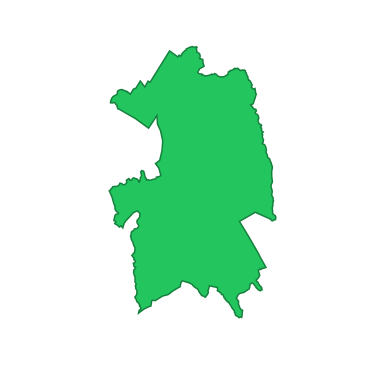 Long Khanh, Đồng Nai, Vietnam (Robinson projection), rotated 150°
{"feature_id": "81297802B61199528191319", "entity_name": "Long Khanh", "entity_type": "district", "adm_level": 2, "iso_a3": "VNM", "parent_name": "Vietnam", "parent_adm1": "Đồng Nai", "projection": "robinson", "projection_center": [107.227, 10.939], "detail": "fine", "context": "isolated", "style": "filled", "palette": "green", "viewbox_px": 384, "rotation_deg": 150, "n_neighbors": 0, "source": "geoboundaries", "source_scale": "gbopen_adm2", "svg_char_len": 6009}
<svg xmlns="http://www.w3.org/2000/svg" viewBox="0 0 384 384"><g transform="rotate(150 192 192)"><path d="M214.6,301.0L213.8,300.3L204.3,283.9L197.7,269.0L184.2,275.7L188.0,267.9L188.6,260.8L191.8,250.9L197.4,242.7L204.1,235.6L209.4,234.9L208.8,229.3L210.7,221.8L213.5,221.8L214.3,222.4L214.9,222.2L215.4,222.6L215.7,221.9L217.5,221.7L219.5,222.5L222.5,223.1L224.0,224.7L225.1,224.7L225.5,225.0L225.5,225.4L224.9,226.3L225.1,228.9L224.0,231.6L223.8,233.3L223.4,233.9L223.7,234.6L224.7,235.6L225.3,235.6L226.3,235.1L227.5,231.5L228.5,230.6L229.7,230.1L230.7,228.6L232.5,226.9L232.9,226.9L233.1,227.2L232.6,228.3L232.6,229.0L233.3,231.1L234.3,231.9L235.3,233.4L236.7,233.5L238.1,232.7L239.7,233.0L239.9,233.4L239.7,234.5L240.0,235.2L240.4,235.4L240.7,235.3L241.1,234.9L242.1,235.1L242.9,235.0L243.6,233.2L244.0,232.7L246.0,232.1L247.7,232.4L248.0,232.6L248.5,234.2L249.9,235.7L252.3,234.3L254.2,234.4L256.8,235.8L258.2,236.1L259.6,235.3L260.7,235.1L261.5,234.5L263.0,234.5L263.8,227.7L265.4,221.3L266.0,217.9L267.1,215.9L267.4,214.5L266.9,212.0L266.3,211.2L266.2,210.5L267.2,209.9L267.9,210.2L268.5,210.7L269.8,210.5L270.7,209.9L273.9,206.4L272.8,204.8L272.9,204.1L274.7,203.4L274.4,202.5L273.1,200.4L272.5,198.0L272.0,197.9L270.8,198.2L270.3,197.9L269.9,195.5L266.4,198.8L264.2,199.9L253.7,203.2L251.3,203.3L249.0,203.1L248.1,200.7L247.9,198.9L249.1,197.9L249.3,196.8L252.9,195.1L253.6,195.0L254.5,193.7L254.8,193.5L255.0,191.9L254.9,190.1L255.4,189.0L255.8,188.6L257.7,187.9L260.4,188.8L261.7,187.9L264.0,187.8L265.4,186.7L266.2,185.0L267.3,184.6L267.7,182.4L268.3,181.1L268.3,177.7L268.7,177.0L269.3,173.5L269.3,172.1L272.0,168.3L273.6,168.2L274.0,167.6L274.7,167.3L275.8,167.2L275.7,165.5L275.1,164.3L276.2,162.3L275.5,161.3L275.5,160.8L276.3,159.7L277.0,159.4L278.4,159.7L279.5,156.2L279.4,155.9L278.4,155.1L279.7,154.0L281.4,153.6L283.1,151.0L283.3,149.2L283.8,148.4L283.8,146.8L286.3,142.7L286.3,140.3L286.8,139.8L287.9,139.3L288.2,138.0L289.0,136.3L288.9,133.9L289.8,133.0L290.4,131.8L291.8,130.4L294.1,129.5L294.1,127.2L294.3,125.4L294.6,124.7L294.2,124.0L293.9,122.6L294.0,121.9L293.6,120.8L293.7,120.5L294.5,119.7L294.2,117.9L295.2,116.0L295.6,115.8L296.4,116.1L296.7,116.0L297.6,115.3L298.9,113.8L292.5,114.6L287.9,114.4L284.6,113.8L281.2,118.0L279.9,117.8L278.3,116.3L269.4,116.6L264.1,115.1L261.5,115.3L259.0,115.8L252.1,116.0L250.0,115.8L249.0,116.4L248.2,117.7L247.2,118.7L245.5,119.9L244.3,119.4L239.8,114.6L238.3,112.4L237.7,109.5L236.6,106.8L235.8,105.7L235.5,103.6L235.8,102.4L235.4,97.5L234.0,95.9L233.1,94.2L230.2,95.4L228.2,96.6L227.8,97.4L227.8,98.3L225.2,100.5L223.9,102.1L217.9,96.7L218.3,95.0L219.3,94.1L219.4,93.6L218.8,92.7L218.2,92.2L218.1,91.0L217.4,90.1L217.7,88.6L216.4,87.1L217.1,84.5L216.5,83.1L217.0,82.2L216.5,81.3L216.2,79.1L215.4,78.6L215.5,76.5L215.2,75.1L215.3,70.5L215.0,69.8L214.8,67.8L215.4,66.7L215.5,66.2L215.1,65.3L215.8,64.2L215.9,63.4L214.6,61.3L214.2,59.8L213.9,59.6L212.2,59.5L211.7,58.6L210.0,60.5L208.7,62.6L207.4,64.0L207.5,64.7L208.4,65.6L208.4,68.2L207.8,71.7L206.3,74.1L206.5,76.1L206.8,77.0L206.8,77.6L206.3,78.2L205.1,78.6L203.8,79.9L202.9,80.1L200.8,80.2L198.0,79.3L196.7,79.1L191.0,79.5L190.0,80.3L188.1,82.8L187.4,83.1L185.9,83.2L185.2,82.9L184.6,81.8L184.5,79.7L183.9,78.5L184.3,77.5L184.2,76.8L183.4,73.9L182.5,72.9L182.4,72.4L181.9,72.2L181.4,72.6L180.3,72.2L180.1,72.4L180.1,73.3L179.6,73.6L179.5,74.0L179.5,75.1L180.1,77.1L180.0,77.9L180.3,79.0L180.0,81.0L180.4,81.7L180.6,83.4L180.3,83.8L179.1,83.9L176.9,84.7L175.2,85.9L174.9,86.2L174.1,89.9L173.4,91.2L172.6,91.1L171.7,91.4L171.4,90.6L171.1,90.5L170.0,90.5L169.4,91.0L168.1,90.1L165.6,89.7L165.5,101.9L165.2,105.7L165.2,124.5L165.6,142.8L147.4,142.8L137.8,129.6L137.1,127.0L136.3,126.7L134.0,126.7L133.5,126.3L132.2,128.0L131.8,129.0L131.8,130.0L133.0,132.5L131.4,136.0L130.3,138.4L128.7,139.8L128.0,141.4L125.8,143.6L125.9,144.4L124.7,146.3L124.6,147.0L124.6,149.5L122.7,151.7L122.0,152.9L120.7,157.6L119.4,159.0L117.3,160.5L115.2,165.5L113.2,169.1L111.9,171.0L110.6,172.4L109.6,174.1L109.6,175.3L108.9,177.3L108.7,180.1L108.2,181.5L108.3,182.3L108.9,183.0L109.1,184.5L108.6,185.4L108.3,186.8L108.0,189.7L106.6,191.0L105.6,194.3L105.5,196.7L107.0,198.8L105.4,199.7L103.9,201.6L103.9,203.1L103.6,204.5L102.3,206.0L102.2,207.6L100.3,208.3L101.1,209.5L100.9,210.9L99.8,212.4L100.3,214.0L98.4,214.8L98.6,216.0L99.8,217.3L99.5,219.7L98.8,221.6L97.5,222.1L96.7,223.8L96.5,226.4L97.7,227.8L97.4,229.5L95.7,230.0L95.4,231.8L97.1,233.2L97.1,235.7L97.7,238.2L95.0,237.8L90.1,242.1L87.3,244.8L87.5,245.9L86.7,247.4L85.7,250.2L87.4,250.4L88.2,253.5L86.4,254.4L86.1,258.6L86.5,260.3L87.1,260.4L86.8,261.5L86.8,262.4L86.0,263.8L86.0,266.3L85.5,267.9L85.8,268.9L85.1,270.4L85.5,271.2L86.3,271.3L86.8,272.3L89.5,273.0L89.6,274.1L90.1,274.5L90.3,276.1L90.8,276.5L92.0,276.5L92.9,277.7L94.4,277.7L95.4,277.2L96.1,277.6L97.3,277.6L98.1,278.1L98.8,277.7L100.0,277.9L100.5,277.7L101.7,276.4L102.5,276.0L105.1,275.7L107.0,276.0L109.2,277.1L111.4,278.9L112.2,281.9L113.0,283.2L114.2,283.0L115.0,283.4L115.7,283.4L115.9,284.2L119.3,284.6L123.2,286.2L123.2,286.7L123.4,287.4L124.2,288.0L124.8,288.1L124.4,289.3L126.5,290.5L127.3,292.6L127.0,293.1L124.8,294.2L123.8,294.9L118.6,294.9L118.0,298.1L116.4,301.4L118.7,303.8L117.0,305.5L116.4,307.3L116.4,308.4L117.8,310.8L117.1,312.1L117.0,312.8L116.6,313.9L115.3,314.7L115.4,315.1L115.8,315.7L116.7,315.8L117.1,316.2L118.0,316.3L118.4,316.8L118.9,317.8L120.2,318.0L121.8,318.6L124.0,318.5L124.8,318.8L125.6,318.7L126.2,317.9L127.8,317.9L132.2,316.6L132.7,315.4L133.8,315.2L134.7,317.0L136.6,315.9L140.9,325.4L173.4,308.0L173.6,308.1L174.6,310.0L180.4,306.5L181.3,314.0L188.6,310.0L191.3,310.4L196.4,307.5L197.9,311.4L198.3,311.1L199.2,313.1L200.7,314.4L200.8,315.2L201.7,315.9L203.4,316.5L204.3,316.7L205.7,316.6L206.4,316.2L207.6,314.5L208.1,314.0L212.2,314.2L214.3,313.5L215.6,312.6L217.9,310.3L218.0,309.9L216.9,309.4L216.2,308.8L214.5,308.3L214.1,307.7L214.1,305.6L213.5,304.4L214.2,303.4L214.6,301.0Z" fill="#22c55e" stroke="#15803d" stroke-width="1.5"/></g></svg>